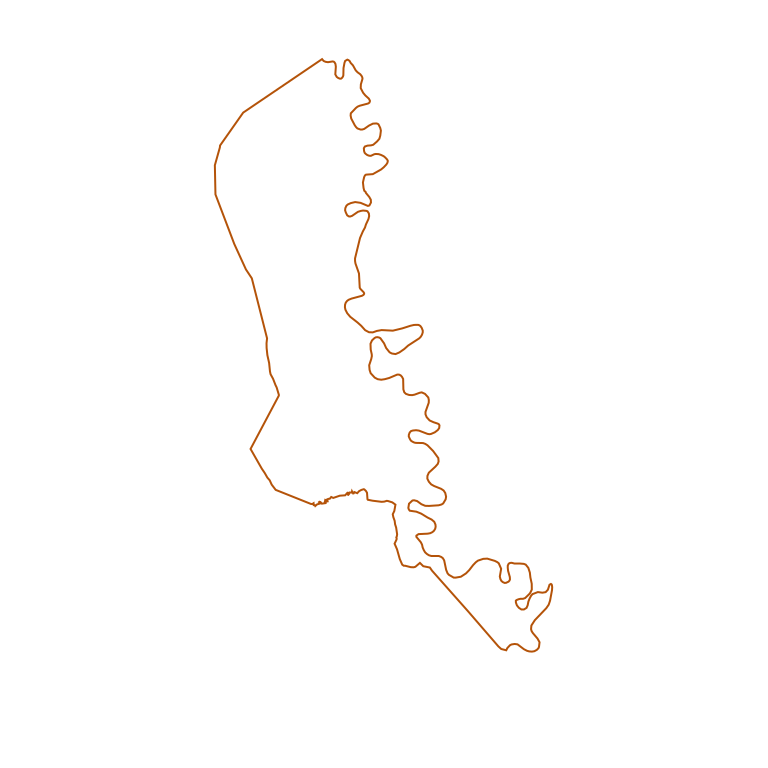 El Progreso, Yoro, Honduras (Mercator projection), rotated 147°
{"feature_id": "27666195B1726460774022", "entity_name": "El Progreso", "entity_type": "district", "adm_level": 2, "iso_a3": "HND", "parent_name": "Honduras", "parent_adm1": "Yoro", "projection": "mercator", "projection_center": [-87.816, 15.474], "detail": "fine", "context": "isolated", "style": "outline", "palette": "amber", "viewbox_px": 768, "rotation_deg": 147, "n_neighbors": 0, "source": "geoboundaries", "source_scale": "gbopen_adm2", "svg_char_len": 6145}
<svg xmlns="http://www.w3.org/2000/svg" viewBox="0 0 768 768"><g transform="rotate(147 384 384)"><path d="M426.5,94.1L424.3,95.4L420.6,96.3L418.9,96.1L416.0,94.8L413.8,92.9L411.1,85.4L409.4,82.4L407.9,80.7L405.7,79.0L403.4,78.0L400.6,77.8L398.4,78.3L397.2,79.1L394.2,82.7L393.9,86.9L394.8,93.9L394.8,96.2L394.2,98.3L391.9,101.2L386.1,103.8L370.0,107.6L366.1,109.2L362.8,111.8L355.3,119.7L353.6,122.0L352.7,123.9L352.6,124.7L352.9,125.4L354.5,125.5L358.6,122.2L361.8,121.4L364.8,122.7L368.3,125.7L373.9,126.9L376.0,126.3L378.7,124.8L381.4,122.9L384.0,120.2L386.4,118.6L389.4,118.7L391.6,120.1L392.8,122.9L393.1,126.0L392.4,128.9L391.4,130.5L390.4,130.6L388.4,130.2L386.7,129.6L384.3,128.1L382.2,127.6L376.6,128.7L375.1,129.2L372.0,131.1L368.9,136.0L366.6,142.0L364.4,146.4L363.1,151.2L363.5,155.3L364.7,157.0L368.2,159.7L372.3,162.3L374.3,164.5L375.8,165.3L377.3,165.4L379.1,164.3L380.3,162.5L381.7,159.7L383.6,153.6L384.8,151.5L385.8,150.8L387.2,150.4L390.0,150.8L391.2,151.5L392.3,153.2L392.8,155.0L392.6,157.0L391.7,159.5L386.4,165.2L385.4,171.1L386.0,172.9L387.4,175.3L392.5,181.3L396.0,183.3L401.4,184.7L404.1,184.5L407.9,183.6L413.9,181.5L418.4,180.5L424.5,180.5L429.4,182.6L431.0,183.7L433.5,188.6L433.8,190.6L433.1,194.3L429.6,203.3L429.5,205.9L430.2,207.8L431.7,209.9L438.0,214.0L439.6,215.9L440.6,218.1L441.2,220.4L441.1,223.0L440.6,225.9L439.6,228.5L439.3,231.2L440.1,238.2L439.4,239.2L436.8,239.3L428.9,234.7L426.5,233.7L424.1,233.4L422.0,233.7L419.9,234.7L418.4,236.2L417.4,238.1L416.9,241.1L417.9,244.4L420.2,248.3L423.4,255.0L426.4,259.3L431.4,263.7L431.5,265.2L431.1,266.8L428.2,270.0L423.6,270.8L422.1,270.1L420.0,267.8L418.1,262.8L415.8,259.4L412.6,257.2L404.2,252.5L401.3,251.6L399.4,251.6L395.1,253.7L393.3,255.7L392.0,259.2L392.0,262.2L393.2,265.0L397.5,271.1L399.1,274.1L399.6,277.6L399.2,281.0L397.6,283.3L394.7,285.2L385.9,286.7L382.4,287.7L380.4,289.3L378.8,292.3L379.3,301.1L380.9,308.9L382.0,311.3L383.4,313.2L389.4,317.3L390.5,318.4L391.6,320.2L392.3,321.9L392.2,324.2L391.8,326.5L390.8,327.9L388.9,329.3L387.0,329.8L385.2,329.3L382.3,327.8L380.1,325.9L374.7,318.5L373.3,317.2L371.8,316.5L367.7,315.8L363.9,316.1L361.7,317.0L360.0,319.1L359.9,320.3L360.5,321.5L363.3,325.0L365.6,328.6L366.3,332.9L365.7,336.0L364.4,338.0L356.7,343.9L355.1,346.2L354.2,348.6L355.0,353.4L356.9,356.4L358.8,357.2L364.1,358.4L366.4,359.3L368.9,361.1L371.0,363.8L371.5,366.0L370.7,368.9L365.2,377.8L365.0,380.2L365.3,382.1L366.2,383.6L367.8,384.7L376.3,386.2L380.7,387.6L384.0,389.1L386.7,391.5L388.3,394.4L389.3,400.3L388.4,403.7L386.2,407.8L381.1,411.9L379.0,414.0L378.1,415.6L376.4,420.1L373.4,425.1L370.3,427.1L366.9,427.7L365.5,427.6L364.2,427.0L362.9,425.8L362.1,424.4L361.8,418.1L362.6,413.0L362.1,407.9L361.7,406.8L360.7,405.2L358.0,402.8L353.9,402.1L347.9,402.3L342.8,403.1L329.6,403.1L327.4,403.6L325.2,404.7L323.4,406.2L322.4,407.7L321.8,410.6L321.9,412.9L322.8,414.7L324.5,415.9L326.7,417.2L330.0,418.4L338.4,420.7L347.5,423.9L356.6,430.5L361.1,432.4L365.3,433.4L368.4,435.6L370.5,439.4L371.4,445.2L372.7,450.0L375.7,458.7L376.3,463.3L375.9,467.3L375.0,469.6L373.5,471.7L371.7,473.1L369.6,473.8L367.8,473.9L364.7,473.3L354.5,470.0L352.7,469.9L351.6,470.4L351.2,471.0L351.1,472.0L352.0,476.7L351.9,478.0L344.8,490.3L342.3,500.6L341.3,502.9L339.9,505.1L324.6,519.5L318.6,523.5L314.7,525.6L312.3,527.6L307.2,530.8L305.0,532.9L303.8,535.3L303.8,537.9L304.6,538.9L307.1,540.9L309.2,541.8L312.1,542.6L319.2,542.4L321.2,542.9L322.2,543.7L323.0,545.5L322.6,548.7L322.0,550.9L320.6,552.6L318.4,554.0L316.6,554.3L313.3,553.8L309.1,552.3L305.0,548.7L300.5,542.1L299.0,541.7L296.1,543.3L294.7,545.7L294.5,548.9L295.1,554.1L294.8,555.2L295.3,556.8L294.4,559.5L291.9,564.5L288.0,568.3L286.4,569.3L285.1,569.4L279.1,566.1L269.6,565.5L266.2,565.9L262.5,566.8L260.6,567.7L259.3,569.0L259.1,570.5L259.6,573.3L260.2,575.2L261.7,577.7L263.3,579.7L265.6,581.4L267.0,582.0L270.7,582.5L272.1,583.5L273.3,585.1L274.1,587.2L274.3,588.5L273.8,590.3L272.5,592.7L270.7,593.6L268.0,592.9L264.9,591.2L262.7,590.5L257.7,591.2L254.3,592.2L251.8,594.4L248.6,598.2L247.7,600.8L247.2,604.7L247.6,605.7L248.5,606.7L251.5,608.4L255.8,608.9L261.7,608.7L263.7,609.3L265.1,610.2L267.1,612.8L267.5,614.6L267.6,616.9L266.9,624.5L265.8,627.3L264.4,629.1L257.3,630.8L255.1,631.0L252.8,630.6L244.6,627.9L243.1,627.9L242.0,628.6L241.5,629.3L241.3,631.6L242.5,636.2L242.9,639.6L242.4,644.8L240.2,647.9L235.8,651.7L235.2,653.0L235.0,654.5L235.2,656.7L236.4,659.8L236.9,662.4L236.5,668.2L237.1,671.5L236.9,673.5L237.4,675.0L238.1,676.0L240.6,676.1L242.2,674.9L245.9,671.0L250.0,665.0L251.0,664.2L252.5,663.6L253.8,663.5L254.6,664.0L255.7,665.5L256.4,667.3L256.2,670.2L251.6,676.3L250.4,678.9L250.3,680.7L250.6,681.7L251.4,682.5L255.7,684.4L257.5,686.0L258.7,687.8L259.0,690.2L354.3,688.3L391.6,673.3L392.8,671.8L406.7,659.6L422.1,634.8L433.3,583.0L437.4,555.3L437.3,544.6L457.2,486.0L460.3,482.2L462.8,478.2L466.1,471.7L468.9,464.2L472.8,456.6L473.8,454.0L474.2,448.8L475.6,442.1L475.9,439.6L478.1,432.1L478.6,431.5L531.3,402.2L532.6,379.5L532.5,374.4L532.8,369.0L532.3,365.5L533.0,360.8L532.5,354.2L510.6,323.2L509.5,322.4L508.0,322.4L508.9,320.7L508.0,320.0L508.1,319.1L505.7,319.5L502.7,318.6L502.4,318.9L502.8,320.3L502.3,320.4L501.6,319.6L501.3,317.5L497.8,315.9L497.4,316.3L497.8,317.4L496.6,318.5L496.2,316.8L495.2,316.3L494.9,317.0L495.6,318.3L493.3,318.0L492.0,317.3L489.8,318.0L488.6,316.1L481.9,314.4L477.2,311.8L473.9,312.7L473.6,312.2L474.5,310.8L474.3,310.5L473.0,310.9L472.8,311.2L473.1,311.6L472.7,311.9L472.0,311.8L470.2,310.5L469.3,311.4L469.5,309.0L468.9,308.8L467.7,309.5L465.9,307.0L463.3,307.7L460.7,307.5L458.3,306.8L457.9,306.3L457.4,304.0L457.5,302.0L460.6,296.4L460.6,295.7L457.2,292.4L450.2,286.5L447.8,285.2L445.3,284.5L444.4,283.7L441.5,280.2L440.1,276.6L444.5,271.9L447.6,270.0L448.7,267.2L449.6,263.4L451.1,260.3L452.0,257.0L454.9,250.7L456.5,249.0L457.2,248.7L457.5,247.6L458.1,246.8L462.1,244.3L463.1,238.3L466.1,228.6L467.1,222.6L466.4,220.8L465.2,220.0L461.3,215.8L458.9,214.1L457.2,213.6L451.3,214.4L450.3,209.8L445.5,205.1L445.4,201.3L437.4,148.3L431.0,101.7L430.0,97.9L426.5,94.1Z" fill="none" stroke="#b45309" stroke-width="2"/></g></svg>